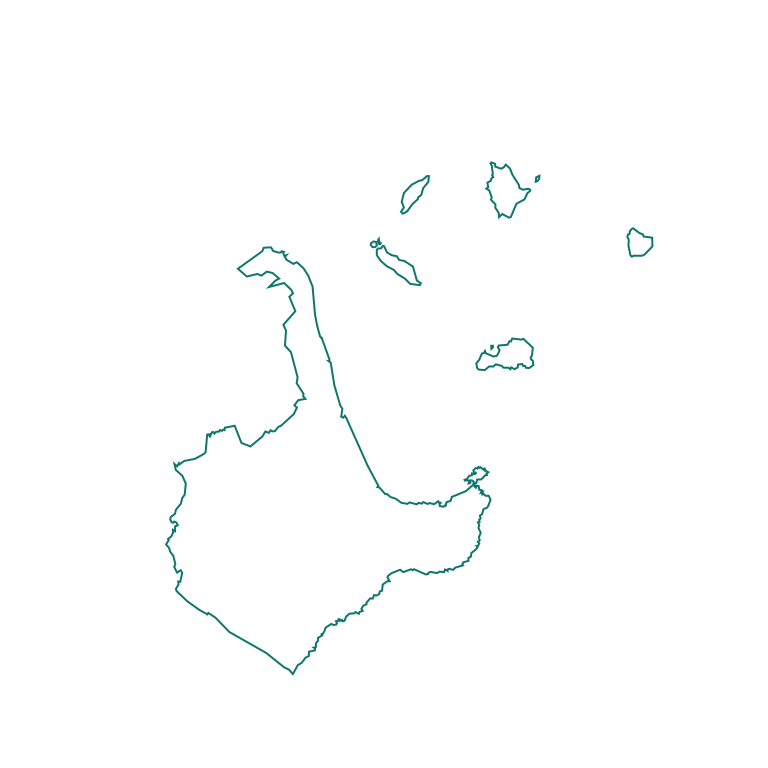 outline of Cagayan, Cagayan, Philippines, rotated 45°
{"feature_id": "2640588B33083527354868", "entity_name": "Cagayan", "entity_type": "district", "adm_level": 2, "iso_a3": "PHL", "parent_name": "Philippines", "parent_adm1": "Cagayan", "projection": "mercator", "projection_center": [121.776, 18.537], "detail": "fine", "context": "isolated", "style": "outline", "palette": "teal", "viewbox_px": 768, "rotation_deg": 45, "n_neighbors": 0, "source": "geoboundaries", "source_scale": "gbopen_adm2", "svg_char_len": 6156}
<svg xmlns="http://www.w3.org/2000/svg" viewBox="0 0 768 768"><g transform="rotate(45 384 384)"><path d="M325.7,619.8L328.0,623.7L327.3,629.0L328.7,631.0L331.5,631.9L332.9,631.4L332.9,629.6L335.3,628.8L338.1,629.8L336.9,632.3L340.3,635.8L337.9,636.3L340.0,638.3L341.3,641.8L340.9,646.3L342.1,646.5L343.4,651.6L348.1,651.9L351.2,653.7L356.8,654.6L363.9,659.0L364.9,661.6L371.0,663.7L371.9,659.4L374.9,660.3L379.8,667.9L378.1,669.2L380.5,671.1L381.7,676.0L383.8,677.1L398.9,676.7L412.7,674.4L422.1,671.8L421.6,670.1L430.1,668.4L450.1,668.7L490.7,657.5L514.0,654.9L518.6,653.2L524.7,653.5L521.8,643.8L523.0,639.5L522.0,633.1L523.2,629.6L520.2,626.3L523.5,621.3L522.2,619.6L520.8,620.0L521.8,618.2L519.1,615.2L518.9,612.0L516.9,610.2L518.1,605.4L517.5,604.2L516.8,605.0L516.7,604.9L517.4,604.0L516.7,601.1L515.0,597.6L516.4,590.9L518.6,590.2L520.3,588.0L520.0,586.5L517.8,585.7L519.1,584.1L518.4,582.9L519.8,582.8L519.1,581.8L520.9,581.6L521.1,580.6L522.4,581.2L523.5,579.4L521.7,575.2L521.9,571.0L525.2,567.1L525.1,565.5L528.7,564.3L527.9,562.3L529.4,559.6L527.0,558.9L526.1,555.4L527.4,552.1L526.3,551.2L525.8,545.5L527.8,543.6L526.2,540.2L528.2,539.0L529.2,536.0L527.7,533.7L528.8,531.5L524.9,526.7L525.8,521.2L527.5,519.5L523.2,518.3L522.5,516.4L523.2,512.1L526.8,503.9L530.6,503.4L534.1,495.9L536.0,495.4L536.1,493.8L548.4,489.0L549.6,487.0L548.9,486.2L549.6,484.1L555.3,480.1L556.0,477.3L559.5,474.6L558.3,472.0L561.0,471.2L560.1,470.6L560.6,468.8L564.4,466.4L564.2,463.5L568.1,456.3L566.8,456.0L566.2,453.9L568.8,449.3L566.7,447.4L567.5,444.6L565.3,441.7L566.0,435.8L565.4,432.9L564.3,432.9L565.0,432.3L564.1,429.4L561.9,429.2L562.3,427.0L559.4,425.2L557.6,420.8L552.6,419.0L551.2,416.5L548.3,415.4L549.2,414.1L547.2,412.7L547.5,411.4L547.2,410.6L544.9,409.3L545.4,406.8L542.8,402.0L544.3,399.0L544.1,396.9L541.2,390.5L537.1,389.0L535.0,391.1L532.1,391.4L531.7,392.6L530.4,391.9L530.9,391.7L530.3,390.4L529.4,392.4L528.7,390.8L529.6,390.4L528.5,389.8L526.2,391.4L523.0,389.2L520.8,390.9L522.0,391.3L522.3,392.4L518.3,392.4L517.7,401.8L511.8,415.9L513.8,419.6L511.8,423.1L513.1,426.6L512.8,425.4L513.6,426.1L513.6,427.4L513.3,426.6L512.8,428.7L509.9,430.8L507.4,429.3L508.6,427.3L507.0,428.8L505.2,428.6L504.5,433.5L500.5,435.9L499.6,438.0L495.2,439.8L495.3,441.9L492.4,443.7L492.3,445.9L485.8,449.7L485.3,452.2L480.3,455.7L473.4,456.8L468.6,459.3L463.9,459.7L462.7,461.0L453.8,460.4L452.3,461.6L451.7,459.9L430.1,453.3L381.9,434.9L378.8,434.1L379.0,436.6L376.9,437.4L372.0,430.9L368.4,430.2L349.8,420.0L331.4,406.7L328.7,406.9L329.3,406.4L328.2,405.3L306.2,394.9L307.4,395.8L305.2,395.6L294.9,389.7L285.9,383.5L264.7,365.7L254.0,361.0L245.3,359.1L236.3,359.5L234.9,363.2L227.1,365.1L224.0,364.2L223.8,362.0L222.9,363.9L220.2,362.7L219.8,361.3L217.7,362.6L218.1,363.8L216.9,365.4L211.6,368.3L207.6,367.3L205.9,368.9L202.6,372.8L204.0,375.9L203.6,379.2L199.2,405.8L211.0,405.0L216.6,395.8L220.7,394.0L221.7,387.4L226.7,384.3L235.3,383.6L234.1,387.7L234.1,396.7L242.0,383.2L252.1,383.0L255.6,384.3L255.3,389.2L269.8,395.2L271.0,413.3L277.0,415.5L286.8,426.9L295.7,427.3L318.1,440.3L321.7,445.2L333.9,447.8L335.4,449.8L339.0,450.1L334.8,456.1L335.7,462.4L339.1,462.2L341.5,469.1L340.7,486.3L339.6,489.0L340.2,494.5L338.5,496.5L336.5,496.9L337.1,499.9L333.7,501.5L335.1,507.0L333.7,522.6L324.9,526.5L308.0,519.1L302.4,527.4L303.9,529.4L302.5,530.1L302.5,531.8L300.5,532.6L301.0,534.3L299.0,536.6L299.2,539.0L297.2,538.7L296.5,539.7L297.8,543.5L296.9,543.0L297.1,544.0L295.7,543.5L294.7,544.7L306.1,558.4L306.0,561.0L303.3,570.5L297.2,579.6L296.2,585.5L295.0,585.0L295.9,588.5L292.4,588.7L297.5,592.0L306.4,591.5L314.3,594.6L321.3,603.2L321.9,607.1L325.1,612.6L325.7,619.8ZM355.6,176.3L350.2,162.9L352.8,154.1L350.4,147.6L350.8,143.9L349.9,143.3L348.1,143.8L344.7,148.5L341.1,149.7L338.4,147.8L326.8,145.2L320.5,142.5L315.0,142.8L315.5,146.2L314.5,149.0L309.0,151.6L306.8,149.8L303.3,151.3L303.2,152.6L306.1,153.6L312.5,158.6L312.8,159.9L315.0,160.5L314.5,162.4L315.8,164.7L314.8,168.6L318.6,171.2L318.2,173.5L321.6,172.7L328.4,176.0L329.2,178.0L335.8,178.2L338.0,180.6L344.1,181.9L347.4,184.6L347.4,180.2L354.7,178.0L355.6,176.3ZM463.6,253.1L450.7,253.5L449.8,255.4L442.5,261.2L443.7,264.0L442.5,265.0L443.6,268.9L437.9,275.7L438.4,277.4L441.8,278.3L443.1,281.5L443.8,284.2L442.0,287.2L434.2,290.3L432.1,289.3L432.7,291.5L431.7,293.2L434.2,299.6L434.7,304.2L438.8,306.9L440.8,306.8L445.4,302.9L446.0,297.1L449.0,294.3L449.1,291.1L454.5,287.9L456.9,288.0L460.5,284.5L462.9,284.2L462.2,282.3L465.9,281.2L466.8,277.7L465.0,275.5L467.7,272.1L469.5,272.9L471.2,271.4L472.8,272.2L475.4,270.1L476.2,265.0L472.7,262.3L470.7,262.6L468.9,261.5L468.5,259.3L463.6,253.1ZM321.4,280.5L311.5,282.6L307.1,285.5L302.7,284.6L298.2,287.6L293.1,288.8L286.6,286.5L285.5,287.2L286.0,290.1L283.9,292.6L284.0,294.2L287.9,298.0L294.9,299.3L302.9,298.7L310.4,296.3L315.3,296.8L324.2,294.7L331.7,294.7L339.4,288.8L338.8,286.7L334.1,287.6L321.4,280.5ZM470.2,90.9L463.3,96.1L461.4,95.1L457.7,96.7L450.1,97.7L449.6,99.1L449.7,102.0L451.6,104.4L450.8,105.9L452.1,107.9L455.1,108.9L459.1,113.4L467.4,118.8L469.3,118.7L469.7,116.9L475.8,110.8L476.7,108.2L476.5,96.9L470.2,90.9ZM268.7,205.3L267.4,206.4L266.8,213.3L265.2,215.2L262.7,223.4L263.0,234.8L267.7,242.7L273.3,245.2L274.2,250.2L276.9,250.2L278.3,245.7L276.9,236.7L277.2,229.4L276.2,227.7L276.7,224.1L273.2,217.8L272.5,209.8L268.7,205.3ZM517.8,391.4L519.3,388.6L517.4,385.7L520.2,382.7L520.2,376.5L521.1,375.6L519.7,374.7L520.1,372.6L517.3,373.5L514.1,372.3L515.7,374.1L510.9,374.7L510.9,375.8L509.4,375.9L509.9,377.7L508.4,378.3L508.2,381.8L509.8,382.8L511.4,381.9L512.2,382.2L511.8,383.7L509.5,385.1L510.7,386.4L509.2,388.6L509.8,392.6L508.7,394.8L509.4,395.1L514.4,389.9L516.6,389.6L517.8,391.4ZM278.0,289.1L275.9,290.5L275.2,293.7L276.3,295.0L279.0,295.4L280.8,293.6L281.1,291.3L278.0,289.1ZM346.7,126.9L345.5,130.2L348.2,133.7L349.1,132.1L348.4,128.8L346.7,126.9ZM278.1,286.6L281.2,288.6L282.5,287.7L282.2,286.7L279.9,286.8L277.8,285.2L278.1,286.6ZM433.8,280.0L432.8,281.2L435.1,283.2L435.1,280.9L433.8,280.0ZM513.8,392.0L513.4,393.1L514.2,394.5L515.0,392.8L513.8,392.0Z" fill="none" stroke="#0f766e" stroke-width="2"/></g></svg>